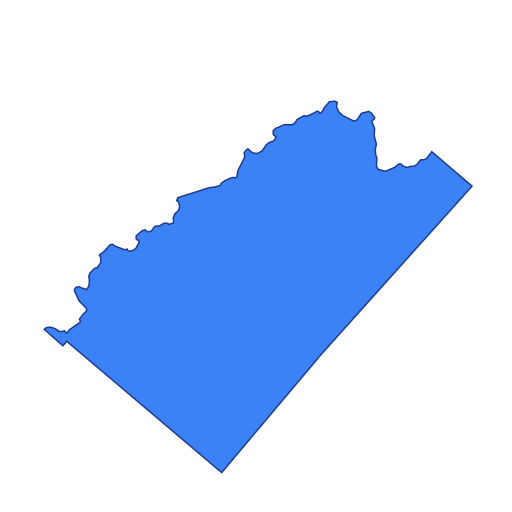 the district of Florence, Wisconsin, United States of America, rotated 310°
{"feature_id": "52423323B70097344617018", "entity_name": "Florence", "entity_type": "district", "adm_level": 2, "iso_a3": "USA", "parent_name": "United States of America", "parent_adm1": "Wisconsin", "projection": "natural_earth1", "projection_center": [-88.334, 45.867], "detail": "medium", "context": "isolated", "style": "filled", "palette": "blue", "viewbox_px": 512, "rotation_deg": 310, "n_neighbors": 0, "source": "geoboundaries", "source_scale": "gbopen_adm2", "svg_char_len": 1954}
<svg xmlns="http://www.w3.org/2000/svg" viewBox="0 0 512 512"><g transform="rotate(310 256 256)"><path d="M448.9,323.6L440.4,324.0L437.7,322.9L435.6,320.3L430.2,320.5L426.8,319.7L423.4,316.2L421.2,315.3L419.2,310.4L419.9,308.4L418.5,306.4L413.3,305.3L405.0,301.2L403.5,299.7L400.9,293.6L402.4,290.4L409.0,285.4L410.4,282.7L414.3,278.9L419.0,276.4L424.1,269.3L430.0,264.8L433.8,257.7L437.0,258.6L438.4,257.8L439.7,252.2L439.2,249.4L433.0,245.0L425.7,245.9L423.0,245.0L422.0,243.2L419.4,232.5L419.6,226.8L421.9,222.0L425.9,219.4L425.2,216.7L421.3,213.1L413.6,212.9L409.6,214.0L406.8,213.4L406.1,212.7L407.0,211.0L406.2,209.8L397.8,206.3L394.7,203.9L394.5,202.6L386.9,199.7L383.6,200.3L379.9,199.4L375.0,193.4L366.4,189.0L362.9,188.7L360.1,191.3L360.3,194.9L355.5,195.6L352.2,193.5L347.8,192.3L341.0,193.2L337.0,191.9L335.2,190.9L333.2,187.9L332.7,186.0L332.9,181.0L331.1,180.4L327.6,180.5L324.8,183.7L310.1,187.2L304.5,190.3L302.7,190.2L301.7,188.2L299.2,186.3L293.9,183.8L289.4,182.6L287.1,183.3L282.3,180.1L278.5,176.4L250.4,158.6L247.3,159.7L247.8,161.3L245.1,165.6L241.1,167.4L236.4,166.7L232.1,167.9L229.0,171.2L227.8,171.3L224.0,168.8L224.4,167.5L222.1,164.5L217.2,162.8L213.7,159.5L207.2,159.7L204.8,157.2L204.7,154.0L202.1,152.5L194.5,151.2L192.2,153.0L191.9,154.7L192.6,156.2L191.4,157.6L184.7,159.1L181.2,158.2L178.2,155.8L177.7,154.9L178.5,152.8L176.5,151.7L172.9,141.6L172.8,138.6L170.7,137.0L162.3,136.8L156.6,135.4L155.8,135.7L155.1,137.9L151.3,141.3L145.3,141.9L142.7,140.3L136.3,139.7L132.5,141.2L131.6,142.8L126.9,146.6L121.8,148.1L119.4,143.0L118.8,140.2L116.2,138.2L114.1,138.3L112.5,139.4L107.9,149.4L106.9,159.4L106.2,160.8L104.9,161.6L100.2,160.9L94.0,161.4L93.0,163.7L91.9,163.8L79.4,160.4L75.7,160.6L75.0,160.0L75.6,157.3L73.4,155.9L71.1,152.8L71.8,152.1L71.0,148.0L69.0,143.8L66.2,141.4L63.7,140.9L63.1,165.8L69.0,165.9L68.0,368.9L222.5,369.2L448.4,376.6L448.9,323.6Z" fill="#3b82f6" stroke="#1e3a8a" stroke-width="1.5"/></g></svg>